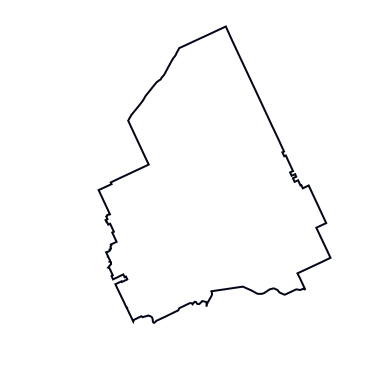 the district of Serpentine-Jarrahdale, Western Australia, Australia, rotated 245°
{"feature_id": "25037944B73163589668910", "entity_name": "Serpentine-Jarrahdale", "entity_type": "district", "adm_level": 2, "iso_a3": "AUS", "parent_name": "Australia", "parent_adm1": "Western Australia", "projection": "orthographic", "projection_center": [115.997, -32.325], "detail": "fine", "context": "isolated", "style": "outline", "palette": "ink", "viewbox_px": 384, "rotation_deg": 245, "n_neighbors": 0, "source": "geoboundaries", "source_scale": "gbopen_adm2", "svg_char_len": 4800}
<svg xmlns="http://www.w3.org/2000/svg" viewBox="0 0 384 384"><g transform="rotate(245 192 192)"><path d="M99.4,84.0L100.7,85.3L100.7,86.9L100.7,87.5L100.7,88.1L100.8,92.2L100.8,93.6L99.4,94.4L99.4,94.5L98.8,98.0L98.8,98.4L98.8,98.5L98.5,99.6L98.5,99.8L98.5,100.0L98.5,100.4L98.4,100.5L98.1,100.6L97.9,100.7L97.7,100.8L97.1,101.7L95.8,102.6L95.7,102.6L94.6,102.7L93.7,102.7L92.8,102.4L91.1,101.8L90.4,101.8L90.2,101.8L89.9,101.9L89.8,102.0L89.4,102.4L89.7,103.5L90.3,105.4L90.3,105.5L90.3,106.2L90.3,110.3L90.3,111.0L90.3,112.4L90.3,113.0L90.3,115.7L90.3,115.9L90.4,119.0L90.4,119.7L90.4,120.4L90.4,120.7L90.4,121.1L90.4,121.8L90.4,122.5L90.4,123.8L90.5,123.8L90.5,126.1L90.5,129.3L90.5,129.5L90.7,129.8L91.8,131.0L92.0,131.3L92.1,132.2L92.1,132.3L92.1,132.5L92.1,136.6L92.2,140.3L92.2,142.8L92.1,143.1L91.3,144.8L90.0,145.1L90.5,146.0L91.2,147.5L91.3,147.6L91.4,147.8L91.3,148.0L91.2,148.3L90.8,148.9L90.7,149.0L90.4,149.1L88.7,149.4L88.4,149.5L88.2,149.6L87.4,151.0L87.4,151.3L87.4,151.5L87.5,151.7L88.8,155.1L88.8,155.3L87.6,156.8L86.1,158.6L85.9,158.4L85.0,158.2L84.3,157.8L82.8,157.2L82.8,157.4L83.6,157.8L84.4,158.5L85.6,160.1L89.1,165.1L89.8,166.0L90.2,166.3L90.3,166.5L90.6,166.8L91.6,167.2L93.3,167.7L93.8,167.6L93.8,167.8L90.1,180.1L87.5,188.9L85.0,197.2L84.7,197.9L84.7,198.1L84.4,198.4L83.9,198.8L77.4,204.5L75.5,205.8L72.0,208.4L70.4,211.7L70.1,213.0L69.9,214.2L70.0,215.2L70.9,221.3L70.2,225.1L69.6,225.9L68.7,226.7L66.8,228.2L64.7,228.6L63.3,229.3L62.0,230.5L60.3,232.0L59.7,232.8L59.7,238.7L59.7,245.3L58.6,247.0L57.4,248.8L57.3,251.9L57.2,251.9L56.2,252.7L56.3,253.4L69.3,253.4L69.5,253.3L69.9,253.3L73.7,253.2L73.7,254.6L73.7,268.1L73.7,271.4L73.7,271.8L73.7,281.4L73.7,281.9L73.8,284.0L73.8,289.7L85.6,289.7L98.8,289.6L107.1,289.6L107.1,300.5L120.6,300.5L134.1,300.5L134.3,300.5L139.7,300.5L141.7,300.5L145.8,300.5L148.6,300.5L148.5,294.0L150.2,294.0L152.0,294.0L152.1,293.1L157.8,293.1L157.8,289.3L161.8,289.3L161.8,292.9L164.6,293.0L164.6,289.2L168.3,289.2L168.3,292.4L176.8,292.4L178.5,292.4L180.2,292.4L180.4,292.4L185.4,292.5L185.4,290.7L189.8,290.7L189.8,292.5L204.8,292.6L217.4,292.5L233.5,292.5L258.6,292.5L259.8,292.5L312.4,292.4L327.7,292.6L327.7,285.0L327.8,241.1L327.5,240.7L327.3,240.5L327.1,240.3L326.9,240.1L326.6,239.8L326.5,239.6L324.7,237.0L324.5,236.8L323.2,235.3L323.0,235.0L322.8,234.8L322.7,234.5L322.5,234.3L322.4,234.2L322.3,233.9L321.6,232.4L321.5,232.2L321.4,231.9L321.3,231.7L321.0,231.3L319.4,228.9L318.4,227.6L316.6,225.2L314.7,222.6L313.4,220.9L312.5,219.6L311.8,218.7L311.5,218.4L310.2,216.6L310.1,216.3L309.9,216.1L309.7,215.8L309.3,214.7L308.5,212.9L307.6,211.6L307.4,211.3L307.3,211.0L307.2,210.9L307.2,210.7L307.0,208.9L306.5,206.9L306.5,206.6L306.4,206.4L306.3,206.1L306.2,205.8L306.1,205.6L304.8,202.9L304.2,201.8L303.2,199.7L300.3,193.9L299.0,191.2L298.3,189.9L297.2,188.5L296.0,186.7L295.8,186.5L295.6,186.2L295.4,185.8L294.8,184.6L294.7,184.5L293.9,183.0L293.7,182.5L293.6,182.4L293.5,182.2L293.3,181.8L293.2,181.6L293.1,181.3L292.9,181.0L292.6,180.4L292.3,179.8L292.0,179.2L290.9,176.9L290.3,175.6L289.1,173.1L288.4,171.6L287.9,170.6L287.8,170.4L287.7,170.1L287.6,169.9L287.5,169.7L287.4,169.5L287.3,169.3L287.1,169.2L284.9,166.0L284.3,165.3L283.7,164.5L283.6,164.3L243.7,164.3L235.2,164.4L235.1,162.6L235.1,131.9L235.0,122.4L233.1,122.4L233.2,108.2L227.8,108.2L220.8,108.2L219.7,108.2L212.1,108.2L206.9,108.2L206.4,108.2L206.4,107.7L206.9,107.0L206.8,106.0L206.8,105.2L206.2,104.9L206.2,104.3L206.0,103.9L203.1,103.9L203.1,101.8L200.9,101.8L200.9,102.3L197.8,102.3L197.8,104.4L195.8,104.4L189.0,104.4L189.0,102.6L184.5,102.6L178.7,102.6L178.7,98.2L178.7,96.2L178.4,96.2L178.1,96.3L177.8,96.3L177.7,96.3L177.6,96.1L177.4,95.9L177.2,95.4L177.1,95.2L176.9,95.2L176.5,94.9L176.3,94.8L175.9,94.7L175.7,94.7L175.5,94.8L175.3,94.9L175.1,94.8L175.0,94.7L174.8,94.4L174.7,94.2L174.7,93.0L173.7,93.0L173.4,91.7L173.3,91.4L173.3,91.2L173.3,90.9L173.3,90.6L173.4,90.3L173.4,90.2L173.5,89.7L173.7,88.7L170.9,88.7L170.4,88.7L170.1,88.7L169.8,88.7L169.6,88.6L169.4,88.6L169.2,88.5L169.0,88.4L168.9,88.6L168.7,88.7L167.3,88.7L165.3,88.7L165.0,88.7L164.9,88.7L164.7,88.8L164.5,88.7L164.3,88.6L164.2,88.4L164.0,88.2L163.9,87.9L163.7,87.7L163.1,88.3L162.8,88.9L160.9,88.2L160.5,87.3L159.0,84.2L158.9,84.0L157.8,84.9L157.7,84.9L157.6,85.0L157.4,85.0L156.9,85.0L156.0,85.0L154.9,85.0L154.2,85.0L153.8,85.0L151.3,85.0L150.0,85.0L150.0,84.4L150.0,83.8L150.0,83.7L149.9,83.6L146.2,83.5L146.2,86.7L146.2,88.6L146.3,91.9L146.3,92.4L146.3,94.9L146.2,94.9L143.3,94.9L143.3,96.4L140.1,96.4L140.1,94.9L140.1,93.4L140.1,90.4L140.8,90.4L140.8,85.2L140.8,83.6L139.7,83.6L136.0,83.6L129.6,83.7L126.7,83.7L120.6,83.8L115.7,83.8L115.4,83.9L114.7,84.2L114.6,83.8L114.4,83.8L114.2,83.9L106.1,84.0L103.1,84.0L99.4,84.0Z" fill="none" stroke="#020617" stroke-width="2"/></g></svg>